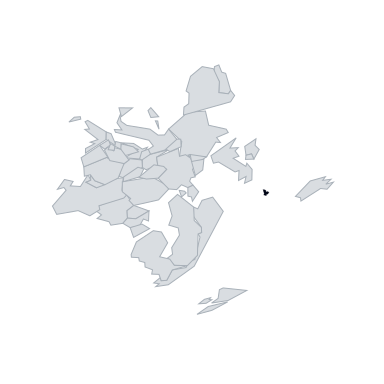 Europe, with Faroe Islands highlighted, rotated 156°
{"feature_id": "FRO", "entity_name": "Faroe Islands", "entity_type": "country or territory", "adm_level": 0, "iso_a3": "FRO", "parent_name": "Europe", "parent_adm1": "", "projection": "natural_earth1", "projection_center": [-6.816, 61.885], "detail": "coarse", "context": "in_parent", "style": "filled", "palette": "ink", "viewbox_px": 384, "rotation_deg": 156, "n_neighbors": 38, "source": "natural_earth", "source_scale": "50m", "svg_char_len": 8125}
<svg xmlns="http://www.w3.org/2000/svg" viewBox="0 0 384 384"><g transform="rotate(156 192 192)"><path d="M182.0,79.8L203.1,78.2L219.3,82.6L211.4,84.2L206.7,91.6L202.6,91.7L182.0,79.8ZM264.0,124.5L255.4,126.8L256.2,123.5L251.0,121.6L241.7,128.8L228.1,125.4L224.0,130.0L216.9,129.2L203.0,147.6L203.5,151.2L199.7,151.1L197.8,155.8L201.0,171.0L196.6,177.5L193.6,174.3L186.2,180.3L175.2,178.9L171.3,161.6L220.2,123.3L251.4,116.9L263.6,120.3L259.3,121.5L264.0,124.5ZM237.2,78.2L223.7,80.8L204.1,77.1L221.8,75.8L237.2,78.2ZM231.3,87.1L224.3,88.9L218.0,87.9L220.1,86.8L217.7,85.5L224.4,84.6L231.3,87.1Z" fill="#d9dde1" stroke="#a8b0b8" stroke-width="1"/><path d="M164.5,218.2L188.9,229.7L180.8,242.3L187.8,259.0L163.4,266.6L146.8,260.5L149.6,246.2L135.2,235.5L134.7,231.6L147.4,231.8L145.9,225.6L150.0,227.9L164.5,218.2ZM194.4,270.8L196.6,262.8L196.5,271.9L194.4,270.8Z" fill="#d9dde1" stroke="#a8b0b8" stroke-width="1"/><path d="M196.6,177.5L201.6,165.0L197.8,155.8L199.7,151.1L203.5,151.2L212.8,131.9L226.2,126.6L238.0,132.2L241.3,141.6L235.1,143.0L233.2,149.4L221.0,157.7L219.2,164.8L226.7,171.2L219.9,178.2L217.8,191.8L206.2,195.7L196.6,177.5Z" fill="#d9dde1" stroke="#a8b0b8" stroke-width="1"/><path d="M267.9,191.5L279.6,194.7L279.9,198.6L289.5,206.4L284.0,207.9L287.0,213.1L282.6,217.3L252.8,215.9L250.7,203.4L258.9,201.4L261.6,194.4L267.9,191.5Z" fill="#d9dde1" stroke="#a8b0b8" stroke-width="1"/><path d="M307.2,248.2L313.9,249.2L303.4,255.3L296.3,250.0L300.7,247.1L291.7,242.4L279.9,250.1L279.7,243.9L284.8,244.0L277.5,234.7L261.4,236.7L249.0,233.0L255.3,222.1L252.8,215.9L256.8,214.2L282.6,217.3L283.4,213.4L295.0,211.8L303.6,221.3L324.7,226.6L325.2,235.9L306.3,244.8L307.2,248.2Z" fill="#d9dde1" stroke="#a8b0b8" stroke-width="1"/><path d="M250.7,203.4L253.0,209.9L250.7,211.0L255.6,220.6L251.5,229.7L222.5,222.1L212.2,208.3L212.0,204.2L225.8,198.4L250.7,203.4Z" fill="#d9dde1" stroke="#a8b0b8" stroke-width="1"/><path d="M227.3,234.6L223.9,242.5L218.1,243.9L195.5,240.2L210.2,238.2L212.4,230.5L224.9,231.0L227.3,234.6Z" fill="#d9dde1" stroke="#a8b0b8" stroke-width="1"/><path d="M249.0,233.0L252.1,235.9L245.8,244.5L235.0,247.6L224.7,241.6L227.3,234.6L249.0,233.0Z" fill="#d9dde1" stroke="#a8b0b8" stroke-width="1"/><path d="M268.6,234.1L277.5,234.7L284.8,244.0L279.7,243.9L277.8,249.1L276.2,241.8L268.6,234.1Z" fill="#d9dde1" stroke="#a8b0b8" stroke-width="1"/><path d="M277.8,249.1L283.9,250.2L280.6,259.0L255.8,258.3L242.5,245.6L253.8,234.8L268.6,234.1L276.2,241.8L277.8,249.1Z" fill="#d9dde1" stroke="#a8b0b8" stroke-width="1"/><path d="M261.6,194.4L258.9,201.4L250.7,203.4L239.0,192.2L254.2,190.4L261.6,194.4Z" fill="#d9dde1" stroke="#a8b0b8" stroke-width="1"/><path d="M263.0,184.6L267.9,191.5L261.6,194.4L254.2,190.4L239.0,192.2L243.5,183.2L247.4,187.1L254.0,182.1L263.0,184.6Z" fill="#d9dde1" stroke="#a8b0b8" stroke-width="1"/><path d="M263.8,174.3L263.0,184.6L250.7,183.0L245.6,175.8L263.8,174.3Z" fill="#d9dde1" stroke="#a8b0b8" stroke-width="1"/><path d="M212.0,204.2L217.3,218.4L206.0,223.0L212.4,230.5L210.2,238.2L186.7,237.4L188.9,229.7L182.7,228.7L179.7,223.7L178.9,214.4L182.4,212.4L182.9,204.5L187.2,205.4L189.8,202.8L188.3,197.8L194.0,197.7L198.7,202.9L205.0,200.4L212.0,204.2Z" fill="#d9dde1" stroke="#a8b0b8" stroke-width="1"/><path d="M254.3,256.0L255.8,258.3L280.6,259.0L279.4,268.4L257.4,272.2L254.3,256.0Z" fill="#d9dde1" stroke="#a8b0b8" stroke-width="1"/><path d="M276.0,306.0L269.1,308.2L263.4,306.2L264.0,303.8L276.0,306.0ZM249.1,274.9L273.5,270.9L271.6,275.0L261.2,275.8L264.7,278.9L256.6,278.2L264.5,292.8L260.1,291.3L261.1,299.7L258.1,299.8L245.9,281.7L249.1,274.9Z" fill="#d9dde1" stroke="#a8b0b8" stroke-width="1"/><path d="M249.1,274.9L245.9,281.7L242.2,278.2L242.4,264.6L249.1,274.9Z" fill="#d9dde1" stroke="#a8b0b8" stroke-width="1"/><path d="M226.4,243.5L239.4,250.5L223.8,252.8L236.8,265.8L225.6,260.1L219.9,251.4L214.5,251.0L226.4,243.5Z" fill="#d9dde1" stroke="#a8b0b8" stroke-width="1"/><path d="M195.8,237.9L199.6,243.6L186.4,247.5L180.8,244.8L183.5,237.8L195.8,237.9Z" fill="#d9dde1" stroke="#a8b0b8" stroke-width="1"/><path d="M178.6,223.9L180.6,227.3L178.4,227.0L178.6,223.9Z" fill="#d9dde1" stroke="#a8b0b8" stroke-width="1"/><path d="M180.0,220.1L178.4,227.0L164.5,218.2L174.8,216.4L180.0,220.1Z" fill="#d9dde1" stroke="#a8b0b8" stroke-width="1"/><path d="M182.2,205.7L180.0,220.1L167.8,217.1L173.2,207.8L182.2,205.7Z" fill="#d9dde1" stroke="#a8b0b8" stroke-width="1"/><path d="M115.4,269.1L118.8,266.9L127.1,271.9L122.1,281.7L124.2,290.4L120.5,297.4L115.8,297.2L116.1,289.4L113.0,286.7L115.4,269.1Z" fill="#d9dde1" stroke="#a8b0b8" stroke-width="1"/><path d="M122.3,295.9L122.1,281.7L127.1,271.9L118.8,266.9L115.4,269.1L113.8,262.8L120.1,258.7L168.5,265.8L164.8,272.8L159.1,274.0L154.5,283.5L156.3,286.7L146.3,298.3L131.7,302.4L122.3,295.9Z" fill="#d9dde1" stroke="#a8b0b8" stroke-width="1"/><path d="M127.7,203.6L125.3,212.2L111.9,214.6L115.4,209.0L113.3,203.5L122.1,196.9L122.1,202.6L127.7,203.6Z" fill="#d9dde1" stroke="#a8b0b8" stroke-width="1"/><path d="M199.8,241.4L214.5,243.5L215.5,248.5L208.6,249.7L210.3,256.8L237.6,277.7L237.5,280.7L230.8,277.2L232.4,285.8L226.6,291.4L228.1,285.4L224.5,279.4L204.8,266.5L199.9,257.8L193.9,255.3L187.8,259.0L184.5,246.3L199.8,241.4ZM212.1,293.0L225.8,289.6L224.5,298.6L212.1,293.0ZM191.8,274.3L199.3,276.8L199.1,284.3L195.3,285.8L191.8,274.3Z" fill="#d9dde1" stroke="#a8b0b8" stroke-width="1"/><path d="M194.0,197.7L188.3,197.8L185.8,189.5L195.4,183.3L194.5,187.7L197.4,189.9L194.0,197.7ZM203.5,191.8L203.0,198.7L198.4,195.7L197.7,193.5L203.5,191.8Z" fill="#d9dde1" stroke="#a8b0b8" stroke-width="1"/><path d="M127.7,203.6L122.1,202.6L122.1,196.9L129.9,200.0L127.7,203.6ZM140.7,206.1L132.4,193.5L130.2,196.0L127.9,188.2L132.4,178.7L140.5,178.6L136.3,184.2L144.8,183.6L140.3,192.5L144.5,192.8L155.6,208.6L160.7,209.6L160.0,217.4L129.6,223.5L139.5,216.7L131.7,213.7L136.0,212.0L134.5,205.6L140.7,206.1Z" fill="#d9dde1" stroke="#a8b0b8" stroke-width="1"/><path d="M96.2,139.4L95.2,142.6L99.3,145.9L79.5,154.0L63.9,151.7L67.9,149.5L59.8,147.1L66.6,144.7L58.8,143.5L67.5,139.6L73.1,142.9L96.2,139.4Z" fill="#d9dde1" stroke="#a8b0b8" stroke-width="1"/><path d="M214.5,243.5L224.7,241.6L226.4,243.5L221.6,249.3L214.6,249.0L214.5,243.5Z" fill="#d9dde1" stroke="#a8b0b8" stroke-width="1"/><path d="M256.2,123.5L255.7,130.2L262.2,133.4L259.7,137.0L265.4,142.6L263.8,146.8L268.2,150.4L267.4,153.7L273.9,157.1L273.0,159.7L263.1,169.0L243.1,172.4L236.2,167.9L234.9,155.5L247.9,146.0L239.6,139.7L238.0,132.2L226.2,126.6L241.7,128.8L251.0,121.6L256.2,123.5Z" fill="#d9dde1" stroke="#a8b0b8" stroke-width="1"/><path d="M250.6,229.4L248.2,233.6L231.3,236.6L226.7,232.7L233.2,227.1L250.6,229.4Z" fill="#d9dde1" stroke="#a8b0b8" stroke-width="1"/><path d="M217.3,218.4L228.4,222.4L234.5,227.1L215.7,232.3L207.5,226.9L206.0,223.0L217.3,218.4Z" fill="#d9dde1" stroke="#a8b0b8" stroke-width="1"/><path d="M237.2,264.8L227.2,257.1L224.5,250.5L239.5,252.6L240.7,259.7L237.2,264.8Z" fill="#d9dde1" stroke="#a8b0b8" stroke-width="1"/><path d="M254.3,266.7L257.4,272.2L247.1,273.6L247.3,268.2L254.3,266.7Z" fill="#d9dde1" stroke="#a8b0b8" stroke-width="1"/><path d="M236.6,246.8L242.5,245.6L254.3,254.1L254.9,265.9L250.8,267.1L246.8,261.4L244.6,263.9L239.6,260.0L236.6,246.8Z" fill="#d9dde1" stroke="#a8b0b8" stroke-width="1"/><path d="M243.9,265.2L241.2,269.2L236.8,265.8L239.6,260.0L243.9,265.2Z" fill="#d9dde1" stroke="#a8b0b8" stroke-width="1"/><path d="M246.6,269.3L243.9,265.2L246.1,261.7L251.4,264.7L246.6,269.3Z" fill="#d9dde1" stroke="#a8b0b8" stroke-width="1"/><path d="M125.9,160.3L125.8,161.0L125.7,161.0L125.4,160.8L125.2,160.8L125.1,161.0L125.5,161.5L125.2,161.6L124.4,161.0L123.8,160.0L124.6,159.9L125.9,160.3ZM123.5,160.7L124.1,161.0L123.5,161.2L123.0,161.1L122.8,160.8L123.5,160.7ZM125.6,164.3L125.4,164.2L124.9,163.8L124.7,163.3L124.8,163.3L124.9,163.5L125.5,163.6L125.5,163.8L125.6,164.0L125.6,164.3ZM125.9,162.4L125.9,162.6L125.1,162.3L124.9,162.0L125.3,162.0L125.8,162.2L125.9,162.3L125.9,162.4ZM126.8,160.2L126.6,160.5L126.2,160.4L126.2,159.7L126.5,160.0L126.8,160.2Z" fill="#0f172a" stroke="#020617" stroke-width="1.5"/></g></svg>